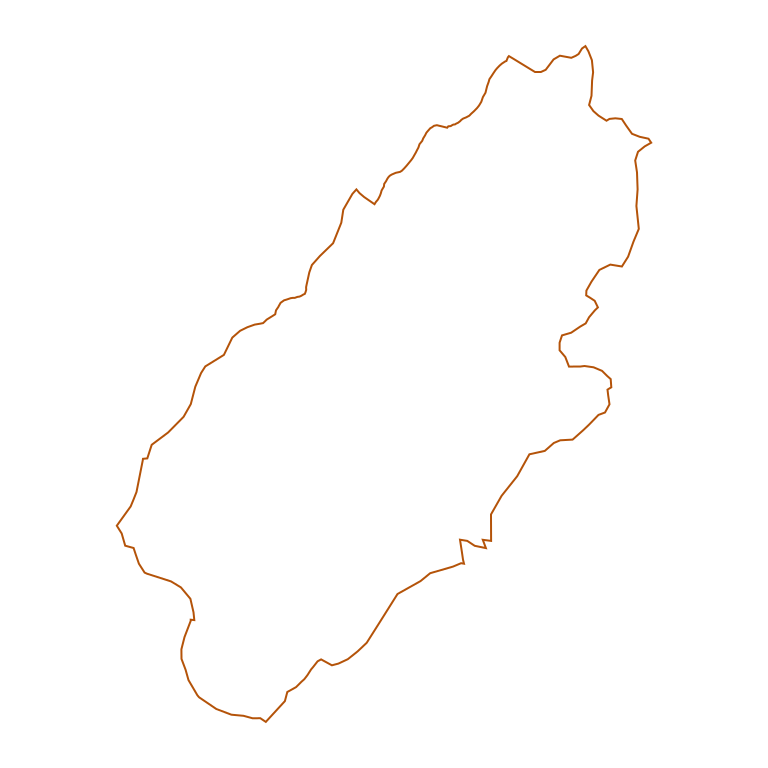 the district of Tougue, Tougué, Guinea
{"feature_id": "49546643B49131951551470", "entity_name": "Tougue", "entity_type": "district", "adm_level": 2, "iso_a3": "GIN", "parent_name": "Guinea", "parent_adm1": "Tougué", "projection": "natural_earth1", "projection_center": [-11.477, 11.51], "detail": "fine", "context": "isolated", "style": "outline", "palette": "amber", "viewbox_px": 768, "rotation_deg": 0, "n_neighbors": 0, "source": "geoboundaries", "source_scale": "gbopen_adm2", "svg_char_len": 3334}
<svg xmlns="http://www.w3.org/2000/svg" viewBox="0 0 768 768"><path d="M265.8,721.9L284.9,701.1L287.3,692.0L296.1,687.1L301.3,681.9L304.3,679.2L307.4,675.2L311.1,669.4L312.9,667.3L317.6,661.3L321.1,659.4L331.9,665.3L338.4,663.6L347.8,659.2L357.6,651.4L366.7,642.8L379.0,623.4L397.5,594.0L420.5,581.1L430.2,573.2L453.0,566.6L461.1,563.2L464.0,563.7L463.0,559.6L462.0,552.7L460.0,539.7L467.3,540.9L474.7,545.8L485.9,548.1L482.8,539.8L491.1,540.9L491.0,514.4L501.6,495.8L517.2,476.2L529.4,454.3L544.8,450.9L553.8,443.0L560.2,440.3L572.6,439.6L577.7,435.1L583.0,430.4L589.0,424.7L598.5,414.9L605.0,412.5L609.5,404.3L608.2,395.5L607.5,389.6L611.3,387.3L610.7,379.1L607.1,375.9L602.1,370.9L593.6,367.3L584.5,366.0L580.5,366.5L569.0,366.6L565.3,357.0L559.6,350.3L559.6,342.7L562.0,335.4L571.2,332.7L580.2,326.6L585.7,323.4L589.1,317.2L594.9,310.3L597.9,307.4L594.7,300.8L590.0,297.7L586.2,295.4L586.4,290.6L591.5,281.6L599.4,269.9L610.3,264.6L621.9,266.5L628.1,256.7L633.5,241.6L638.8,228.9L636.4,206.0L637.6,189.4L637.0,172.4L635.2,160.5L638.0,151.8L644.7,146.4L651.2,142.7L648.5,138.7L639.7,136.8L632.0,133.8L626.1,125.5L621.8,119.0L615.4,118.3L609.5,118.9L606.5,120.7L598.5,115.6L593.4,111.1L589.1,105.0L591.5,95.8L592.1,80.5L593.1,72.3L591.9,60.2L588.4,51.3L586.0,47.1L585.4,46.1L582.0,48.5L578.6,54.0L575.6,55.9L571.3,57.8L559.9,55.7L553.6,59.4L545.7,69.8L540.9,72.0L535.0,72.0L513.1,58.6L508.9,56.1L507.9,57.3L506.4,61.0L505.4,61.3L501.9,63.6L499.6,65.6L497.1,68.2L495.5,70.1L493.4,73.2L491.4,76.3L489.4,79.2L488.7,81.8L487.1,86.2L486.3,89.4L485.5,92.7L482.9,97.1L481.3,101.8L479.0,105.6L477.1,108.0L473.9,111.3L471.1,113.8L469.3,115.7L466.1,117.4L463.1,118.6L461.3,119.9L460.1,121.2L458.0,122.8L456.2,123.6L455.0,124.4L453.3,124.6L452.1,125.2L450.7,126.1L448.3,126.3L447.2,127.7L443.9,126.9L441.5,126.3L439.3,125.8L436.9,125.2L434.0,125.8L431.8,127.4L430.3,128.2L428.1,130.7L426.4,132.7L425.1,135.3L423.2,138.4L422.2,140.9L419.5,144.2L418.4,147.6L417.1,150.0L415.8,152.6L414.2,155.4L412.8,157.9L411.2,160.1L408.5,163.4L406.6,165.7L404.1,168.5L401.8,170.8L400.0,171.9L395.8,172.8L393.0,174.0L391.6,174.6L389.7,175.8L388.4,177.2L387.5,178.5L387.0,179.4L386.0,181.3L384.2,183.9L383.9,186.6L382.8,188.4L381.6,190.5L380.8,193.4L379.9,195.8L378.4,198.7L377.6,200.0L376.0,201.8L374.5,204.2L364.1,197.0L359.5,193.1L356.4,189.4L352.4,193.9L343.3,209.7L341.3,222.7L333.1,243.2L320.0,255.9L311.9,265.0L309.3,272.4L306.5,285.2L306.1,287.2L306.2,289.9L305.5,292.2L304.8,293.9L303.4,294.5L301.3,295.8L299.5,296.6L297.4,296.9L294.7,297.9L292.6,297.9L290.6,298.2L288.0,299.1L286.2,299.7L284.1,300.3L280.6,302.8L278.9,305.8L278.3,307.0L276.5,309.6L276.0,310.4L275.2,314.3L266.7,319.6L265.1,321.2L263.1,323.1L260.1,323.7L254.7,324.6L247.4,327.2L240.1,330.8L232.3,337.6L223.9,354.9L205.3,366.4L201.1,373.0L195.3,386.7L190.8,404.1L183.6,416.8L168.1,432.5L151.7,444.8L147.3,458.4L143.0,458.8L142.7,460.7L140.3,472.8L136.5,492.0L133.5,499.6L130.6,506.6L130.4,506.8L116.8,525.7L121.7,533.5L125.2,545.7L133.6,548.0L135.8,554.7L138.9,563.7L144.6,572.6L147.0,573.7L171.0,581.4L180.9,587.4L190.4,598.8L193.5,612.3L194.3,620.1L190.7,619.7L190.7,620.9L184.5,637.1L181.4,649.3L181.5,658.9L185.6,669.8L188.5,680.1L197.4,695.3L199.1,697.3L216.3,709.0L231.4,714.7L243.5,715.8L252.7,718.3L260.3,718.2L265.8,721.9Z" fill="none" stroke="#b45309" stroke-width="2"/></svg>